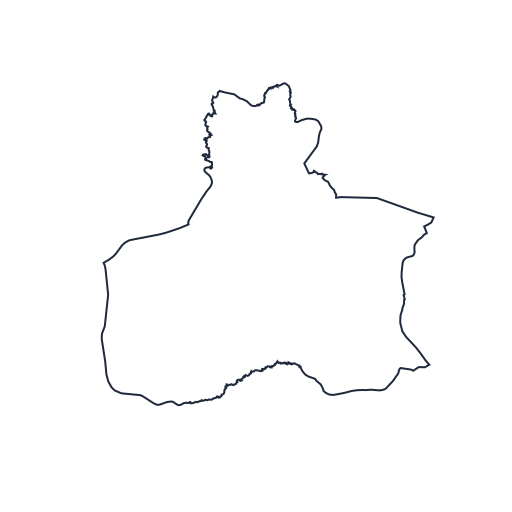 Sahatsakhan, Kalasin, Thailand (orthographic projection), rotated 341°
{"feature_id": "78962969B18941921206705", "entity_name": "Sahatsakhan", "entity_type": "district", "adm_level": 2, "iso_a3": "THA", "parent_name": "Thailand", "parent_adm1": "Kalasin", "projection": "orthographic", "projection_center": [103.587, 16.732], "detail": "fine", "context": "isolated", "style": "outline", "palette": "slate", "viewbox_px": 512, "rotation_deg": 341, "n_neighbors": 0, "source": "geoboundaries", "source_scale": "gbopen_adm2", "svg_char_len": 6127}
<svg xmlns="http://www.w3.org/2000/svg" viewBox="0 0 512 512"><g transform="rotate(341 256 256)"><path d="M275.4,88.1L275.0,88.6L273.3,88.8L272.1,91.5L270.6,92.7L269.7,93.0L268.7,92.8L267.5,91.3L266.3,93.2L265.4,94.0L265.1,94.7L265.5,97.3L264.8,97.7L263.9,97.5L263.4,97.9L263.9,101.0L263.5,104.4L264.3,105.2L264.1,105.7L263.1,106.1L262.8,106.4L263.8,107.3L264.0,108.1L262.1,107.5L260.7,107.9L260.2,108.4L260.3,109.4L259.7,109.7L258.4,108.5L258.2,106.4L257.4,105.8L256.8,106.1L256.3,107.0L255.3,107.2L253.6,109.1L251.5,110.5L251.5,111.5L252.4,112.4L252.5,113.0L250.9,115.1L250.7,115.8L250.9,116.6L252.7,118.0L251.5,119.0L251.4,120.5L250.6,121.0L250.5,121.4L251.1,123.0L252.5,124.3L253.3,127.1L252.7,127.1L251.4,126.3L251.3,128.5L249.6,128.2L247.5,129.1L247.0,128.2L246.5,128.0L245.6,128.2L245.0,129.1L245.0,129.4L246.9,130.5L247.0,130.9L246.8,131.3L245.9,131.5L245.6,132.5L246.1,133.9L245.9,134.9L244.5,136.1L244.7,137.4L246.4,138.5L245.7,140.5L245.9,142.5L245.0,143.9L244.3,147.1L243.5,147.4L242.7,146.9L243.1,145.6L241.9,143.4L238.8,142.9L238.3,143.3L238.8,144.2L240.3,145.2L240.2,146.1L240.8,147.3L240.6,147.8L239.3,147.9L239.3,148.6L242.5,150.9L243.2,152.2L244.7,152.7L244.8,153.1L244.1,155.6L242.7,156.4L243.5,157.6L243.3,158.1L241.8,158.7L241.2,158.0L240.9,156.8L237.4,156.2L236.3,156.5L235.1,157.7L235.0,158.9L235.2,159.7L238.0,164.5L238.6,166.5L238.8,169.5L238.4,172.0L237.9,173.0L235.6,175.5L230.6,178.6L223.0,184.3L204.2,200.3L202.6,202.5L202.5,204.2L192.9,204.8L178.2,204.7L170.4,204.0L142.5,200.0L140.5,200.0L136.6,200.7L132.9,202.3L124.0,208.4L120.8,210.0L115.1,211.8L109.7,212.8L109.9,215.4L109.5,219.2L103.6,244.5L90.1,273.3L85.0,279.4L83.1,284.3L79.1,306.5L76.0,319.3L75.5,326.3L76.6,332.9L78.5,337.0L84.0,342.0L101.5,350.0L103.4,351.9L111.5,362.2L114.0,364.5L116.6,365.2L124.1,365.1L127.9,365.8L130.0,366.8L133.1,370.9L134.4,371.9L136.3,372.2L140.1,371.6L142.7,372.1L143.3,372.7L144.6,373.0L146.0,372.5L146.4,372.7L146.3,373.9L147.0,374.3L149.3,374.6L151.4,374.2L153.3,375.3L155.1,374.8L157.0,375.3L157.6,374.6L158.5,375.4L159.7,375.8L161.7,375.5L163.3,376.7L164.7,376.3L167.1,377.4L168.3,377.2L169.2,376.7L169.6,377.0L172.1,377.0L173.5,376.1L174.0,376.9L174.6,376.9L174.5,377.7L175.9,377.9L176.3,377.5L177.5,377.3L178.1,376.7L178.0,376.3L178.3,376.0L179.2,376.1L181.0,375.5L181.9,374.1L182.3,372.6L183.4,372.1L183.9,371.1L184.6,371.1L184.4,370.1L184.6,369.4L185.4,369.1L185.9,369.5L186.4,367.8L186.8,368.0L187.0,369.0L188.0,369.4L188.6,369.1L189.7,369.2L190.5,369.6L191.1,369.3L192.2,370.5L192.7,370.7L193.3,370.3L194.0,370.6L195.9,370.2L196.3,369.1L196.7,368.8L197.3,369.0L197.2,367.8L198.4,367.2L199.4,367.3L200.1,368.4L200.9,369.0L201.1,368.8L201.7,368.9L201.2,368.0L202.1,368.3L202.5,367.5L204.6,367.1L205.1,366.7L205.0,366.2L205.6,366.3L205.8,365.8L206.4,366.4L207.3,365.2L209.1,366.6L210.5,366.5L211.1,365.7L212.9,365.4L212.8,364.8L214.0,363.5L214.2,364.2L214.7,363.9L215.4,364.3L216.6,364.4L217.8,363.8L219.4,364.2L223.3,366.6L225.0,366.5L225.0,365.7L224.6,365.2L225.1,364.7L227.5,365.8L228.5,365.4L228.3,364.8L228.9,364.3L230.2,364.5L231.1,364.1L233.0,364.9L233.0,365.7L234.3,366.4L234.5,365.5L235.4,365.3L235.8,365.8L238.3,365.2L238.3,364.5L238.7,364.2L239.5,364.4L240.4,363.7L241.1,363.6L241.1,363.2L241.6,363.2L242.0,362.7L242.6,364.5L244.0,364.6L244.2,365.7L244.7,365.9L245.7,365.6L246.9,366.5L247.6,366.4L247.8,366.0L248.7,366.2L249.5,366.7L249.2,367.5L249.7,367.7L249.9,368.3L250.2,368.6L250.7,368.5L250.8,367.7L252.1,368.3L252.5,367.8L252.5,367.5L252.9,367.9L253.2,369.1L253.7,369.3L253.9,368.9L254.2,369.0L254.3,369.6L254.8,369.3L255.3,370.1L257.2,369.8L260.5,373.3L261.2,373.5L261.0,375.0L261.8,374.8L262.2,375.2L261.9,376.3L262.3,379.7L263.8,383.8L266.1,386.8L271.9,391.4L272.5,393.6L275.5,398.7L276.1,403.3L275.9,405.4L277.3,408.0L280.0,410.7L282.3,411.9L284.6,412.7L294.0,414.1L302.7,414.8L307.8,415.8L314.0,417.6L316.2,418.6L320.8,419.7L329.3,423.4L332.7,423.9L335.4,423.7L344.6,418.9L352.4,413.2L353.9,410.7L355.1,409.5L356.2,409.0L365.7,413.9L367.3,415.7L373.6,414.0L379.5,416.2L384.4,415.2L382.2,409.5L380.2,402.6L377.5,394.7L371.4,380.9L369.9,374.8L370.5,366.9L371.1,364.7L373.3,359.2L377.0,354.2L377.7,352.6L380.3,349.6L381.8,345.6L382.6,345.4L382.8,341.0L384.0,340.6L385.7,328.5L386.7,323.4L388.3,319.1L392.3,310.4L394.4,307.9L397.6,306.5L404.0,306.9L405.9,305.9L407.2,304.0L408.4,299.7L409.8,297.0L414.2,293.8L418.9,292.3L421.6,290.7L425.0,289.9L424.6,282.8L428.6,282.3L432.7,281.4L436.5,277.4L422.8,267.5L389.1,240.5L355.3,227.9L350.7,227.0L351.8,223.8L351.3,221.6L351.3,218.9L350.1,216.8L348.9,213.7L348.3,209.3L345.7,206.7L344.4,204.1L344.8,203.2L345.4,203.1L346.3,202.0L346.8,202.2L347.0,201.8L347.9,201.7L345.4,200.4L345.3,199.7L344.5,199.5L343.9,199.8L342.3,198.9L341.3,198.8L340.5,196.7L339.0,195.8L339.0,194.7L338.5,194.3L337.5,195.6L334.3,195.5L333.0,195.1L331.8,184.2L349.0,172.3L351.7,169.0L354.7,162.8L356.4,160.2L359.2,157.2L359.9,154.6L358.7,148.7L356.8,146.4L352.8,144.2L349.0,142.7L343.0,142.4L339.0,142.9L337.6,142.4L336.8,141.7L337.0,140.6L338.8,138.7L338.5,136.5L339.0,136.3L338.9,135.2L339.5,134.5L339.1,133.6L340.6,131.7L339.6,129.6L339.1,129.7L339.1,130.2L338.5,129.8L338.5,129.4L338.0,129.4L338.0,128.7L337.6,128.4L338.0,127.8L337.3,127.5L337.9,126.6L337.2,125.3L337.8,124.8L337.2,124.6L337.5,124.1L338.0,123.8L338.3,121.1L338.6,120.6L338.3,118.7L340.6,116.7L341.0,114.2L342.1,113.0L341.5,112.2L341.6,111.1L342.5,110.8L342.4,106.2L340.2,102.7L339.5,102.1L338.1,101.9L333.5,102.6L331.2,100.5L331.5,101.0L330.8,101.3L331.0,102.4L330.6,102.0L329.2,102.0L329.0,101.6L328.0,101.5L326.8,102.5L326.5,101.7L325.9,101.7L325.8,102.1L325.1,101.9L324.8,102.2L324.7,101.5L323.3,101.8L323.0,101.4L322.3,101.9L322.4,102.4L321.7,102.9L320.5,103.1L319.8,103.7L319.8,104.0L318.4,104.9L318.3,105.2L317.7,105.0L317.6,105.4L316.7,105.9L316.2,107.1L315.8,107.3L316.2,108.8L315.6,109.2L313.5,113.4L311.9,113.4L311.0,113.1L308.6,114.4L308.3,113.8L307.5,114.4L307.0,114.3L307.1,113.9L306.7,113.9L306.4,113.4L305.2,114.0L303.7,113.9L301.8,113.0L300.3,111.8L297.7,106.6L294.5,103.4L292.0,101.7L288.1,96.1L279.5,91.0L275.4,88.1Z" fill="none" stroke="#1e293b" stroke-width="2"/></g></svg>